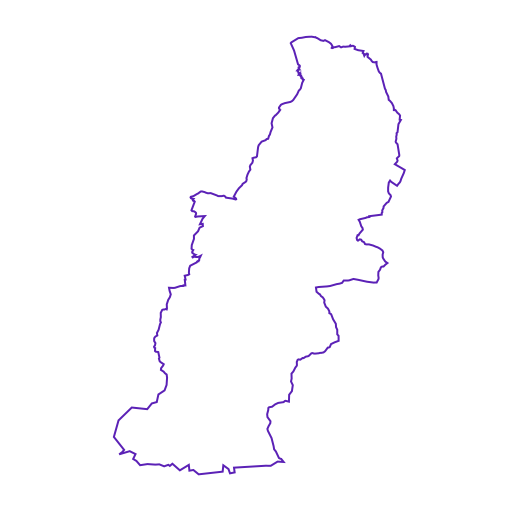 the district of Livezile, Alba, Romania, rotated 266°
{"feature_id": "2599482B33376796576250", "entity_name": "Livezile", "entity_type": "district", "adm_level": 2, "iso_a3": "ROU", "parent_name": "Romania", "parent_adm1": "Alba", "projection": "orthographic", "projection_center": [23.576, 46.381], "detail": "fine", "context": "isolated", "style": "outline", "palette": "violet", "viewbox_px": 512, "rotation_deg": 266, "n_neighbors": 0, "source": "geoboundaries", "source_scale": "gbopen_adm2", "svg_char_len": 6109}
<svg xmlns="http://www.w3.org/2000/svg" viewBox="0 0 512 512"><g transform="rotate(266 256 256)"><path d="M465.9,305.5L458.3,308.3L444.3,311.3L442.9,312.9L442.4,313.0L442.0,312.9L441.3,311.8L440.6,312.4L439.0,310.9L439.2,311.9L438.9,312.2L438.8,310.7L437.4,310.4L437.3,310.8L435.0,311.3L435.3,312.0L434.4,311.5L434.5,312.1L433.8,311.6L433.9,312.7L433.3,312.4L432.1,313.2L432.3,313.6L430.6,313.6L430.6,314.0L431.0,314.2L430.4,314.4L430.2,314.1L429.7,314.4L429.7,315.0L428.8,315.0L428.4,315.9L425.6,314.2L420.2,312.4L418.9,311.4L418.1,310.3L414.4,308.3L409.0,304.0L408.0,302.7L407.3,301.1L406.5,295.5L405.7,292.7L405.1,291.4L402.5,289.3L401.8,289.2L400.8,289.8L400.2,289.7L399.9,290.2L397.5,288.2L395.0,285.4L394.8,284.8L392.3,282.5L387.3,280.8L383.1,281.4L378.7,279.2L376.1,278.3L375.1,277.4L372.1,276.3L371.9,274.7L370.9,273.7L369.7,269.6L366.3,266.4L364.5,265.7L355.3,263.9L354.5,263.0L354.2,260.6L353.8,259.3L351.4,259.6L349.3,258.9L347.0,256.7L345.6,256.1L342.5,256.4L340.8,254.9L337.8,253.2L334.4,251.9L333.2,252.1L331.5,251.6L330.7,250.9L328.9,247.7L327.6,247.0L324.8,243.7L321.6,241.0L316.8,238.0L314.7,240.1L314.0,240.2L313.8,239.7L314.9,236.6L316.3,230.1L317.4,229.5L318.4,228.1L318.1,226.0L318.4,222.4L319.2,221.1L321.9,215.2L321.9,212.4L322.8,210.1L323.3,209.3L324.2,206.6L324.2,205.4L322.3,202.4L322.0,201.5L320.1,197.8L319.6,195.1L319.1,194.8L318.3,195.1L317.7,195.9L317.3,197.7L316.4,196.9L315.8,196.9L315.3,197.4L315.2,198.2L314.5,198.7L306.1,194.8L305.2,195.5L304.9,197.3L304.0,198.5L303.3,199.1L302.3,199.2L299.6,198.0L299.2,198.3L299.5,200.7L299.4,207.7L296.9,205.3L291.6,202.3L291.8,205.1L289.5,205.1L288.2,201.7L284.7,199.9L280.8,195.5L277.4,195.3L271.4,192.7L267.7,192.2L266.7,193.0L266.3,193.8L264.5,192.6L263.7,192.6L261.8,194.8L261.4,195.8L259.5,192.5L259.0,192.8L259.6,194.4L259.2,196.1L259.1,197.6L259.4,199.3L260.1,200.9L258.6,200.1L257.5,199.3L255.7,199.0L255.2,198.0L254.7,198.1L254.5,196.8L253.8,196.5L250.9,189.7L248.4,188.5L244.1,187.9L242.4,188.1L241.8,186.7L241.3,183.5L237.4,184.1L237.3,183.3L231.6,183.5L231.8,181.6L231.2,181.5L231.3,178.4L229.9,172.8L229.9,171.0L230.4,167.0L227.2,167.4L223.7,168.3L220.9,167.2L218.4,165.4L214.0,163.6L209.8,163.5L209.0,163.2L209.5,162.5L209.0,160.9L209.1,159.8L208.8,158.7L205.9,157.0L201.7,156.8L199.2,156.1L197.5,156.0L196.5,156.5L194.7,155.5L189.2,153.7L186.1,151.8L183.6,152.0L182.7,150.1L181.6,149.0L180.5,148.6L178.2,148.5L176.1,149.6L173.9,149.0L172.7,148.0L171.8,148.1L171.2,149.0L168.3,148.6L167.6,149.2L167.0,151.8L161.3,152.6L160.4,152.0L157.7,152.6L156.8,153.4L154.5,156.4L153.2,155.7L150.7,153.5L149.0,153.2L147.1,155.8L145.4,157.0L144.0,158.6L140.8,158.8L133.6,157.8L128.3,155.4L124.7,149.0L117.2,146.8L116.2,141.8L110.8,136.8L113.5,121.5L101.6,107.4L85.4,101.6L71.8,110.9L69.7,108.9L67.7,105.7L70.1,116.4L66.8,122.0L62.1,119.3L59.9,122.4L55.4,125.8L56.0,133.2L54.9,141.1L54.9,145.0L52.6,149.7L53.8,154.0L52.6,155.4L54.6,158.1L47.5,165.1L52.3,174.4L46.5,174.6L46.9,178.6L42.2,183.6L43.2,207.7L49.5,208.8L45.4,213.7L41.0,214.9L41.6,219.6L46.4,219.3L46.1,250.7L45.7,256.1L49.4,263.2L48.6,269.2L51.8,267.0L52.3,265.7L52.9,264.8L59.6,262.2L61.9,260.6L65.1,260.3L73.3,258.8L80.7,255.7L82.7,255.3L85.4,256.7L88.2,258.6L90.2,258.9L94.5,256.2L97.4,256.1L101.6,257.5L103.5,257.7L104.2,258.5L104.5,261.5L106.7,264.8L107.9,267.9L108.3,273.3L109.3,274.6L109.5,275.3L108.4,278.7L115.3,279.4L118.7,282.4L124.6,283.7L128.4,282.2L131.2,283.0L136.2,283.2L138.2,285.2L142.0,287.5L143.4,288.8L144.2,289.2L147.5,289.3L149.5,290.3L149.9,291.1L149.5,293.0L151.0,295.4L150.8,296.3L152.1,298.6L152.4,301.0L152.7,301.7L155.1,304.5L155.2,305.7L154.6,307.0L154.5,308.3L154.6,311.8L154.9,313.1L154.8,314.2L155.1,316.6L156.2,318.3L159.6,321.2L159.6,322.1L160.0,323.2L162.9,324.7L164.4,328.4L165.6,332.5L170.6,332.8L172.2,331.6L176.8,331.9L179.4,330.9L182.8,330.9L187.5,328.5L192.4,327.0L193.0,326.6L193.8,325.2L195.7,325.3L198.5,324.1L200.6,322.1L204.8,320.8L207.1,321.3L208.6,320.6L210.1,319.7L211.4,318.1L213.5,316.9L213.7,316.3L216.1,313.9L220.4,313.6L220.7,316.3L220.7,324.6L220.9,327.8L222.3,334.5L222.6,337.5L223.2,340.0L225.4,341.8L225.1,346.8L226.3,351.6L225.1,356.3L222.6,364.9L221.3,371.3L221.1,374.5L224.3,376.5L225.5,376.8L228.1,376.6L231.6,377.0L233.7,378.8L235.4,379.5L236.4,380.3L236.7,381.4L236.6,382.5L238.4,384.5L239.8,386.6L241.5,384.5L244.7,382.7L245.9,382.3L248.5,382.4L250.9,383.2L252.7,382.5L254.7,380.2L256.2,377.9L256.9,376.2L258.3,373.5L259.7,369.5L259.9,366.8L260.3,365.6L262.2,364.8L263.3,362.9L264.9,362.1L265.4,360.7L264.2,358.8L264.9,358.0L267.0,357.6L269.7,358.8L269.5,359.7L271.2,360.8L274.8,364.4L276.5,364.2L278.3,363.1L283.0,361.9L284.9,360.9L285.4,362.1L286.4,368.3L286.8,368.9L287.0,371.8L287.8,371.7L288.5,384.3L290.3,384.5L290.9,385.1L292.7,385.1L294.9,386.5L296.6,386.8L299.9,390.1L300.7,391.9L305.9,394.8L307.3,394.5L309.2,392.9L311.3,392.3L315.1,392.6L320.0,393.6L321.9,395.0L320.6,396.0L316.2,401.6L318.1,403.2L319.4,404.6L320.5,405.3L323.0,406.3L328.4,409.2L331.4,410.4L337.9,400.9L340.2,403.4L341.3,403.9L343.6,403.3L345.7,405.8L346.6,406.0L357.6,405.0L359.5,403.5L360.3,403.3L363.1,404.2L365.3,404.2L367.1,404.8L368.7,404.8L369.6,405.8L377.6,407.3L381.6,410.0L382.0,408.8L386.0,409.5L387.3,408.8L389.2,406.9L391.7,405.4L392.2,404.6L391.8,404.4L391.9,403.7L393.9,403.8L396.0,403.5L399.1,402.2L401.5,400.4L402.5,399.3L405.9,399.1L410.6,397.2L412.5,397.0L413.9,396.3L429.2,393.4L430.0,392.4L431.5,391.4L435.4,390.3L438.6,389.6L441.2,389.8L441.2,389.2L440.8,388.4L441.3,386.0L442.6,384.9L443.9,384.3L446.8,381.2L447.5,381.2L449.4,381.8L450.0,381.5L450.2,380.5L449.3,379.5L449.6,378.9L448.2,378.0L450.6,377.3L451.1,376.6L453.0,377.5L454.2,372.2L455.7,368.8L457.7,369.3L458.8,367.8L459.0,366.3L458.6,365.3L459.6,364.7L458.6,363.7L458.5,359.5L458.8,357.6L458.2,355.4L459.6,353.6L458.8,349.5L458.8,348.2L458.1,347.1L458.1,346.3L458.3,346.0L459.8,346.9L460.5,346.7L462.5,345.6L464.2,343.7L466.5,339.9L465.9,338.3L466.7,335.6L469.1,332.3L469.4,331.4L470.2,330.6L470.1,330.0L470.9,326.8L471.0,323.7L471.0,320.9L470.5,316.9L470.4,313.4L466.6,306.1L465.9,305.5Z" fill="none" stroke="#5b21b6" stroke-width="2"/></g></svg>